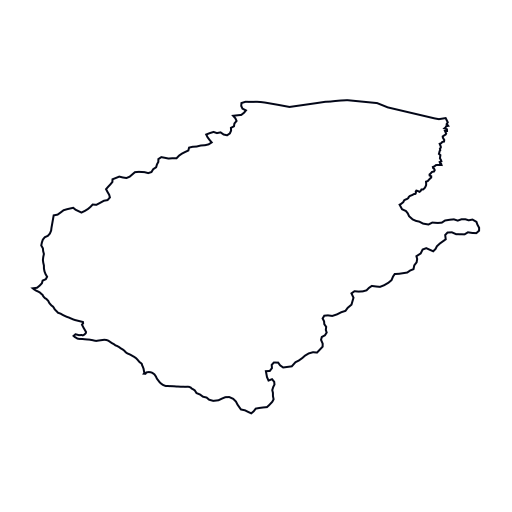 Rio Preto da Eva, Amazonas, Brazil, rotated 91°
{"feature_id": "56859067B18065173941259", "entity_name": "Rio Preto da Eva", "entity_type": "district", "adm_level": 2, "iso_a3": "BRA", "parent_name": "Brazil", "parent_adm1": "Amazonas", "projection": "equal_earth", "projection_center": [-59.598, -2.513], "detail": "fine", "context": "isolated", "style": "outline", "palette": "ink", "viewbox_px": 512, "rotation_deg": 91, "n_neighbors": 0, "source": "geoboundaries", "source_scale": "gbopen_adm2", "svg_char_len": 5734}
<svg xmlns="http://www.w3.org/2000/svg" viewBox="0 0 512 512"><g transform="rotate(91 256 256)"><path d="M413.4,258.0L411.3,255.6L408.6,253.6L407.9,250.1L407.3,246.1L406.9,242.4L404.8,240.2L401.5,237.2L400.0,236.4L398.9,235.9L395.8,236.6L392.5,236.7L389.8,237.4L386.7,236.5L384.2,235.3L381.5,235.6L378.9,237.8L380.3,241.3L376.9,242.9L371.0,244.1L370.7,240.2L367.8,238.1L364.6,238.4L362.2,236.3L362.2,232.0L364.9,230.0L367.0,226.9L365.7,218.3L361.5,214.7L359.8,211.4L357.2,207.9L354.8,205.3L352.5,201.6L351.2,197.3L351.5,193.3L345.5,187.8L342.5,187.8L338.7,189.5L335.8,188.8L334.1,185.7L331.3,184.0L328.7,184.9L325.6,184.6L323.0,186.5L320.1,186.8L317.3,188.3L314.5,186.7L314.1,183.1L314.6,178.7L313.0,174.1L310.7,169.7L309.3,165.6L306.2,163.4L303.0,159.7L296.0,157.8L291.7,159.9L289.5,156.9L289.8,152.8L289.5,148.6L288.4,144.9L285.9,142.5L283.9,139.7L284.4,135.3L284.7,131.5L283.0,127.4L280.4,123.1L277.8,120.1L274.1,118.6L271.6,117.0L271.3,112.7L269.9,104.5L267.8,101.6L266.4,98.3L262.6,97.6L259.5,95.3L256.2,94.8L253.4,95.6L250.6,91.4L246.6,89.5L245.2,85.9L248.2,78.9L245.8,76.6L243.1,75.3L240.3,72.4L236.0,66.6L231.7,67.2L229.2,64.9L228.9,60.6L230.7,56.3L230.7,47.8L228.6,44.5L229.2,40.1L229.3,36.1L226.8,33.4L223.9,33.4L220.7,35.2L218.0,36.2L215.8,40.2L216.6,44.0L215.6,47.3L215.7,51.2L217.1,54.9L215.9,58.8L216.3,62.4L217.2,67.6L219.4,70.8L219.8,74.8L219.5,80.3L220.5,82.2L221.5,84.1L220.7,89.5L218.8,93.3L218.1,96.7L216.7,100.0L213.6,103.6L210.7,105.0L208.4,106.9L206.7,110.8L202.2,113.3L201.4,111.9L200.6,110.9L199.6,109.7L197.7,108.8L196.9,107.4L196.4,106.1L195.5,104.8L194.3,104.3L193.3,103.2L192.2,100.6L191.4,99.4L191.1,97.7L190.0,97.2L188.7,97.4L187.8,96.8L188.2,95.4L189.0,93.6L188.0,92.5L186.6,91.7L186.6,90.2L185.3,88.7L183.8,87.8L182.3,87.2L181.1,87.1L180.1,87.2L178.7,87.3L178.1,85.6L176.9,84.6L175.6,83.4L174.5,82.2L173.2,82.2L172.5,83.8L171.4,83.9L170.5,82.9L168.9,81.5L168.4,79.5L167.0,78.8L165.7,79.4L165.0,80.4L163.9,80.7L163.2,79.1L162.0,77.7L161.8,76.1L161.8,73.6L161.8,72.1L160.6,72.5L159.9,73.6L158.8,74.0L158.1,72.3L156.7,72.8L155.1,73.8L153.4,73.6L151.9,73.4L150.7,74.9L149.2,74.5L148.0,74.3L147.0,73.6L145.6,74.0L144.3,73.1L143.2,73.2L141.9,73.8L140.6,74.3L140.0,72.8L138.7,71.7L138.3,70.0L136.7,69.8L135.6,70.5L134.5,71.2L133.2,71.4L132.3,70.2L131.3,68.6L130.3,68.0L127.7,69.2L127.7,67.2L126.0,67.3L125.1,69.8L124.3,68.8L122.9,68.1L122.5,66.1L121.6,66.8L120.8,67.7L119.0,66.6L114.8,68.8L116.0,75.5L115.3,79.8L105.1,126.9L103.7,130.5L103.2,131.8L101.0,137.6L98.6,167.4L99.1,174.4L99.7,180.0L100.3,184.4L100.6,189.4L102.1,198.3L104.5,213.3L106.4,225.1L104.5,236.4L102.4,249.9L102.0,253.7L101.8,257.5L101.9,260.7L102.0,265.0L102.0,269.2L103.3,273.2L106.2,273.4L108.9,272.1L110.6,268.6L112.9,270.4L115.2,273.2L115.6,276.7L116.2,281.3L117.2,280.4L118.7,279.0L121.3,277.8L123.9,279.9L126.7,280.3L128.3,283.3L131.1,283.1L133.9,284.3L135.8,287.0L135.1,290.5L133.0,293.6L133.8,297.2L132.7,300.6L134.0,304.5L135.4,307.9L138.1,306.5L140.7,304.5L143.2,302.3L145.2,305.3L146.1,308.8L146.5,313.2L147.6,317.3L147.9,321.3L148.8,324.8L151.7,325.5L153.2,328.6L154.9,331.8L156.9,334.6L159.7,337.2L159.7,341.0L160.1,345.2L159.4,348.9L158.8,352.4L160.8,355.3L163.6,355.3L166.1,356.6L169.0,357.4L171.0,360.3L173.9,362.0L175.0,365.2L174.1,369.0L173.9,374.7L174.3,378.5L176.6,381.1L178.9,383.7L180.3,386.9L179.8,390.6L179.0,394.1L180.4,397.4L181.8,400.8L184.5,400.9L187.0,402.9L189.3,405.0L191.8,407.1L194.7,405.5L197.3,403.9L200.0,403.1L202.7,405.4L203.4,409.0L205.9,413.4L207.6,416.5L207.4,420.2L209.8,422.4L211.9,424.8L213.9,427.9L215.6,431.3L212.9,437.2L211.0,439.6L212.5,445.7L213.6,449.2L215.9,452.1L218.1,455.1L218.9,459.0L231.5,461.0L234.2,461.3L237.2,462.5L239.5,464.5L240.9,467.5L243.3,469.4L246.1,470.3L249.2,470.9L252.1,469.2L254.8,468.9L257.7,468.1L260.7,468.7L263.7,469.0L266.4,468.6L269.2,467.9L272.2,467.8L275.1,467.2L277.8,466.1L280.4,464.5L282.9,465.8L284.3,468.9L287.0,469.6L289.4,471.8L291.6,474.4L292.2,478.6L293.3,477.2L294.5,475.2L295.4,473.1L296.3,471.4L297.6,470.0L298.6,468.7L299.7,468.2L300.8,467.3L301.9,466.2L302.6,464.8L303.5,464.0L304.4,463.0L305.4,462.5L306.8,461.7L308.0,460.6L309.0,459.7L310.2,458.0L311.5,457.1L312.6,456.5L313.7,455.5L314.9,454.2L316.2,453.0L316.8,451.1L317.3,449.9L318.2,448.4L318.9,446.9L319.4,445.8L320.1,444.2L320.8,442.0L321.5,440.4L322.0,439.1L322.6,437.7L323.2,435.8L325.0,427.9L326.3,427.7L327.7,428.8L330.7,427.2L335.0,424.6L336.2,424.9L337.6,426.3L338.4,427.8L338.0,429.1L338.2,430.5L338.2,431.9L337.8,433.4L337.4,435.1L339.1,437.0L340.2,435.7L341.0,434.2L341.7,433.1L342.0,431.3L342.0,429.5L342.0,428.1L342.2,426.2L342.4,423.4L342.5,421.1L342.8,419.4L343.0,418.0L343.4,416.3L343.7,414.3L343.4,412.7L343.1,410.8L342.9,409.5L342.4,406.2L342.6,404.1L343.1,402.5L343.8,401.3L344.8,399.8L345.6,398.6L346.6,396.6L347.8,395.0L348.4,393.3L349.4,391.4L350.7,389.6L351.8,387.6L353.0,386.0L354.2,384.9L355.2,383.7L355.9,382.3L356.5,380.7L357.2,379.3L358.1,377.7L359.0,376.0L360.3,374.1L361.7,372.7L363.1,371.5L364.2,370.5L364.9,369.4L365.9,368.3L367.4,367.9L368.5,367.3L369.6,366.9L370.5,366.5L372.0,366.2L373.5,365.9L374.6,365.5L375.6,366.1L375.7,364.5L374.3,363.5L373.9,361.2L374.1,359.2L374.6,357.7L376.1,355.5L377.4,354.6L378.3,353.9L379.3,353.5L380.7,352.7L382.3,351.4L383.6,350.4L384.9,349.1L386.4,347.0L387.2,345.1L387.6,343.8L387.5,342.1L387.6,340.7L387.6,339.2L387.7,335.6L387.9,333.1L387.9,331.1L388.0,329.7L388.0,326.1L388.0,323.8L387.9,322.1L388.0,320.6L388.7,318.9L389.6,318.1L390.4,316.5L391.4,314.9L394.1,313.1L395.5,309.5L397.6,306.6L398.4,302.9L400.5,300.4L401.6,296.2L400.9,291.0L399.1,287.4L397.7,284.2L397.5,280.3L399.2,276.3L401.9,273.5L404.9,271.9L409.7,268.4L410.5,264.3L412.0,261.2L413.4,258.0Z" fill="none" stroke="#020617" stroke-width="2"/></g></svg>